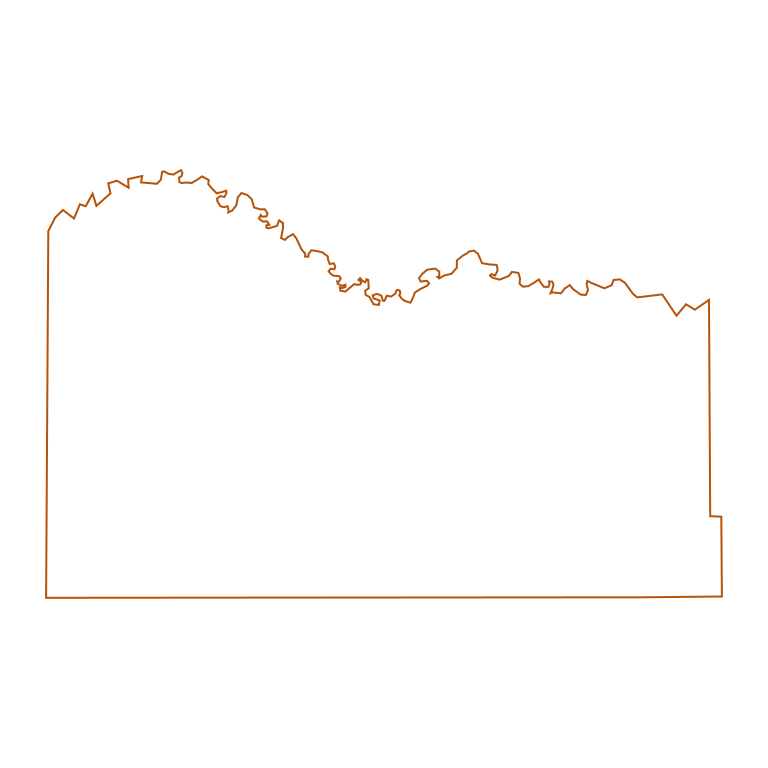 Mellette, South Dakota, United States of America (orthographic projection)
{"feature_id": "52423323B72316424334286", "entity_name": "Mellette", "entity_type": "district", "adm_level": 2, "iso_a3": "USA", "parent_name": "United States of America", "parent_adm1": "South Dakota", "projection": "orthographic", "projection_center": [-100.749, 43.623], "detail": "fine", "context": "isolated", "style": "outline", "palette": "amber", "viewbox_px": 768, "rotation_deg": 0, "n_neighbors": 0, "source": "geoboundaries", "source_scale": "gbopen_adm2", "svg_char_len": 2950}
<svg xmlns="http://www.w3.org/2000/svg" viewBox="0 0 768 768"><path d="M637.3,297.4L633.0,293.9L625.0,282.8L619.7,279.4L613.6,280.0L611.6,285.3L604.3,288.3L596.5,285.0L591.0,282.8L587.4,280.9L586.6,283.9L588.0,290.1L585.8,295.0L580.7,294.6L573.0,289.1L569.8,285.1L564.6,288.6L561.1,293.3L552.4,292.4L550.6,293.1L552.3,289.3L553.5,284.8L552.3,281.7L548.9,281.4L549.5,284.6L548.3,286.9L543.9,286.8L540.5,282.4L538.9,279.4L533.9,282.8L528.3,286.1L523.0,286.7L519.6,283.8L520.0,278.5L518.4,272.9L511.9,271.9L508.8,276.0L499.7,279.6L493.3,278.0L491.1,276.8L490.0,275.3L491.5,274.1L494.9,275.6L497.4,271.1L497.4,268.3L496.6,264.9L489.9,264.5L482.1,263.2L477.9,253.7L474.0,250.6L469.0,251.5L467.1,253.3L462.6,255.8L456.9,260.4L456.8,267.7L451.5,273.8L443.9,275.6L439.1,278.5L437.5,276.9L439.2,276.4L439.3,271.7L435.3,268.6L427.4,269.6L422.3,273.8L419.0,278.1L420.7,281.6L424.3,281.0L427.1,280.9L429.1,283.4L427.0,285.8L420.4,289.0L414.9,292.5L413.1,297.3L410.5,302.7L407.3,301.7L404.7,300.9L401.8,298.7L399.2,295.2L400.3,293.7L399.8,290.6L397.8,289.8L396.5,290.4L395.4,293.6L391.0,296.6L386.9,295.7L385.3,299.1L384.2,301.0L382.8,300.7L382.3,298.6L381.3,295.6L377.1,293.9L375.1,294.5L372.7,295.3L373.6,298.4L379.7,300.5L378.8,305.0L373.5,304.2L369.5,297.0L365.6,294.8L365.2,290.7L368.7,288.3L368.5,282.8L368.2,279.9L366.5,279.2L366.4,280.3L365.1,282.2L362.3,280.7L360.1,278.1L358.5,279.9L359.9,280.6L361.1,282.8L360.0,284.6L357.0,284.8L354.2,284.1L345.3,291.6L340.3,290.6L339.9,287.5L341.8,288.1L345.4,287.1L345.4,284.8L341.8,285.8L337.7,283.8L337.2,281.5L338.6,281.9L340.7,278.7L339.7,276.5L337.0,275.9L334.0,275.9L331.0,274.1L328.6,271.3L330.7,268.7L334.3,269.3L335.3,266.7L333.9,263.3L329.7,264.0L327.9,259.1L327.8,256.4L322.4,252.4L316.2,250.9L311.3,250.3L308.5,254.2L308.3,256.7L305.0,256.6L305.3,253.9L301.2,248.9L296.5,238.6L293.1,234.2L287.5,237.3L285.0,239.9L281.1,238.1L281.9,233.9L283.0,228.0L283.0,223.1L279.2,220.4L276.9,226.0L268.6,228.3L266.4,227.7L266.3,225.4L269.3,224.9L267.2,221.4L262.8,221.6L258.9,218.5L260.7,215.0L262.0,216.7L266.6,216.3L267.5,213.2L264.6,209.2L260.6,209.4L254.1,207.5L251.7,199.2L247.6,195.2L241.5,193.0L237.9,197.2L236.3,205.3L232.1,210.7L228.3,212.3L228.7,210.8L227.5,206.2L223.6,207.2L220.5,206.2L217.4,201.4L217.1,198.5L220.3,196.1L224.5,196.9L226.4,193.1L226.2,190.7L222.2,192.0L216.7,193.3L211.9,188.5L208.2,183.9L208.8,180.1L202.0,176.4L198.2,179.1L191.7,183.0L186.0,182.5L182.0,183.0L179.6,182.3L179.0,177.6L181.5,176.2L182.4,172.9L181.3,171.1L181.0,170.2L177.5,172.0L173.4,174.6L168.5,173.8L164.8,171.7L162.2,171.7L161.5,175.6L160.9,179.7L156.9,183.8L141.0,182.4L142.2,176.0L128.1,179.1L128.6,187.7L116.9,180.7L108.2,183.4L110.5,193.3L96.4,205.9L92.6,193.7L85.7,206.3L79.9,204.3L74.0,218.5L63.0,210.0L55.2,217.5L48.3,231.1L46.1,597.8L643.1,597.3L721.9,596.5L721.3,516.7L710.2,516.2L709.0,299.9L694.9,309.7L686.0,304.3L676.5,315.7L662.2,294.4L637.3,297.4Z" fill="none" stroke="#b45309" stroke-width="2"/></svg>